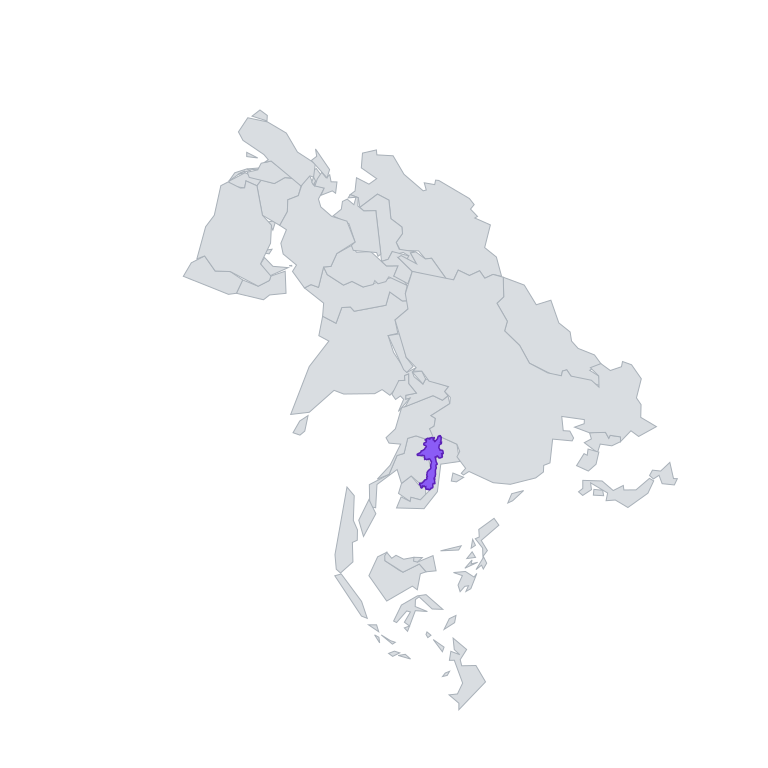 where Laos sits in Asia, rotated 43°
{"feature_id": "LAO", "entity_name": "Laos", "entity_type": "country or territory", "adm_level": 0, "iso_a3": "LAO", "parent_name": "Asia", "parent_adm1": "", "projection": "natural_earth1", "projection_center": [103.796, 18.208], "detail": "fine", "context": "in_parent", "style": "filled", "palette": "violet", "viewbox_px": 768, "rotation_deg": 43, "n_neighbors": 45, "source": "natural_earth", "source_scale": "50m", "svg_char_len": 17433}
<svg xmlns="http://www.w3.org/2000/svg" viewBox="0 0 768 768"><g transform="rotate(43 384 384)"><path d="M396.6,225.1L389.0,229.5L385.6,237.9L376.7,236.0L372.5,246.4L360.6,250.1L363.9,260.3L360.6,265.2L333.0,259.6L329.0,264.3L318.4,263.1L304.9,275.1L296.3,272.1L294.9,261.3L290.0,257.0L276.3,258.4L262.2,246.2L249.7,249.6L245.9,271.3L238.1,265.3L230.1,268.5L231.2,262.6L223.2,251.9L236.7,248.1L238.6,238.8L220.0,241.4L210.8,229.8L218.8,218.0L222.5,221.3L235.0,210.9L255.6,217.0L280.9,216.0L282.6,213.3L276.2,209.4L285.1,203.6L282.7,199.7L285.2,197.8L320.0,190.1L327.6,191.3L328.0,197.1L338.1,197.7L337.2,200.7L353.3,195.1L364.6,215.6L379.6,214.5L396.6,225.1Z" fill="#d9dde1" stroke="#a8b0b8" stroke-width="1"/><path d="M245.9,271.3L249.7,249.6L262.2,246.2L276.3,258.4L290.0,257.0L294.9,261.3L296.3,272.1L303.2,275.1L317.1,265.7L314.0,270.1L325.9,273.9L319.4,278.2L313.9,277.8L314.7,273.4L308.3,274.7L303.7,281.8L299.7,281.5L302.0,290.0L298.6,296.0L259.8,262.8L251.2,271.2L245.9,271.3Z" fill="#d9dde1" stroke="#a8b0b8" stroke-width="1"/><path d="M661.4,532.6L660.9,571.2L656.5,566.4L643.6,567.0L649.1,560.6L645.5,549.1L623.8,538.1L620.3,541.5L615.2,533.9L624.0,530.3L616.5,530.3L607.8,522.7L625.5,521.8L627.7,533.6L633.0,537.1L643.2,527.2L661.4,532.6ZM578.9,569.9L576.1,577.3L571.1,577.9L573.8,572.3L578.9,569.9ZM626.3,558.0L625.9,553.6L627.9,549.4L629.0,554.0L626.3,558.0ZM542.9,492.6L540.0,498.0L548.7,511.8L542.6,512.5L534.0,540.9L503.7,534.5L497.2,514.7L500.8,505.2L505.2,512.6L522.1,509.9L526.2,508.7L532.6,491.6L542.9,492.6ZM594.3,537.3L607.4,535.5L609.3,540.0L594.3,537.3ZM589.0,539.6L585.5,538.5L584.5,536.0L589.7,535.7L589.0,539.6ZM594.5,504.2L598.4,510.4L595.3,522.5L591.8,511.1L594.5,504.2ZM558.4,509.4L580.7,508.7L572.7,515.7L554.8,515.7L554.0,520.2L558.6,525.5L570.9,520.8L561.5,528.4L569.9,548.8L565.2,548.5L567.7,543.6L561.4,544.3L558.8,532.7L555.4,534.5L555.9,549.9L552.7,550.8L547.5,533.8L552.9,516.2L558.4,509.4ZM557.4,576.3L548.2,573.9L553.0,572.7L557.4,576.3ZM553.1,569.4L563.8,567.3L568.4,565.2L567.6,568.5L553.1,569.4ZM542.8,565.2L549.1,568.8L536.9,570.7L542.8,565.2ZM482.3,552.1L515.9,558.3L531.6,566.8L525.8,569.1L478.8,557.8L482.3,552.1ZM468.9,521.4L482.6,535.3L481.1,551.9L475.4,552.0L464.5,542.2L427.2,484.6L438.4,486.0L454.6,504.7L464.1,508.8L471.0,516.5L468.9,521.4Z" fill="#d9dde1" stroke="#a8b0b8" stroke-width="1"/><path d="M579.5,572.9L583.9,567.2L591.0,567.0L579.5,572.9Z" fill="#d9dde1" stroke="#a8b0b8" stroke-width="1"/><path d="M140.7,319.1L135.0,327.5L132.2,341.6L130.8,331.3L137.0,320.2L140.7,319.1Z" fill="#d9dde1" stroke="#a8b0b8" stroke-width="1"/><path d="M145.6,313.5L137.1,320.2L145.3,311.2L145.6,313.5Z" fill="#d9dde1" stroke="#a8b0b8" stroke-width="1"/><path d="M138.3,324.3L134.2,330.5L136.7,323.5L138.3,324.3Z" fill="#d9dde1" stroke="#a8b0b8" stroke-width="1"/><path d="M138.3,324.3L155.2,318.4L155.9,325.7L144.5,329.6L148.3,335.6L137.6,343.4L132.2,341.6L138.3,324.3Z" fill="#d9dde1" stroke="#a8b0b8" stroke-width="1"/><path d="M210.4,373.0L222.5,373.7L234.6,364.2L226.5,383.4L211.8,380.4L210.4,373.0Z" fill="#d9dde1" stroke="#a8b0b8" stroke-width="1"/><path d="M206.9,370.0L207.1,365.6L210.2,361.8L211.2,367.2L206.9,370.0Z" fill="#d9dde1" stroke="#a8b0b8" stroke-width="1"/><path d="M193.5,338.3L197.8,347.3L189.1,344.0L193.5,338.3Z" fill="#d9dde1" stroke="#a8b0b8" stroke-width="1"/><path d="M155.9,325.7L155.2,318.4L167.1,312.2L170.7,300.7L179.0,294.6L188.3,295.8L192.9,304.7L188.0,314.9L195.8,323.9L199.6,339.1L180.0,343.5L155.9,325.7Z" fill="#d9dde1" stroke="#a8b0b8" stroke-width="1"/><path d="M227.7,382.2L234.8,368.9L250.5,384.5L239.6,396.9L238.4,404.6L214.2,418.3L209.7,404.3L225.3,398.3L229.6,386.4L227.7,382.2ZM236.1,360.7L233.9,362.2L235.6,360.2L236.1,360.7Z" fill="#d9dde1" stroke="#a8b0b8" stroke-width="1"/><path d="M464.6,444.8L466.6,432.7L482.2,434.7L484.5,430.6L490.2,436.8L489.6,443.9L481.0,448.5L483.3,452.1L469.2,454.1L464.6,444.8Z" fill="#d9dde1" stroke="#a8b0b8" stroke-width="1"/><path d="M478.0,432.4L466.6,432.7L464.6,444.8L451.9,437.6L447.4,462.3L462.3,480.2L457.2,483.4L441.9,467.6L449.3,446.6L442.3,427.4L446.0,421.1L438.4,407.6L442.8,400.1L452.2,395.8L458.1,401.5L456.9,413.1L467.7,408.4L475.4,413.6L479.8,424.7L478.0,432.4Z" fill="#d9dde1" stroke="#a8b0b8" stroke-width="1"/><path d="M452.2,395.8L442.8,400.1L438.4,407.6L446.0,421.1L442.3,427.4L449.3,446.6L444.0,458.2L443.9,439.3L437.2,416.6L428.0,423.8L422.1,421.9L422.9,409.0L413.1,389.5L427.8,359.1L437.8,356.0L438.8,349.0L445.5,353.5L439.9,375.1L445.1,374.1L449.4,380.7L447.9,385.7L457.5,387.3L452.2,395.8Z" fill="#d9dde1" stroke="#a8b0b8" stroke-width="1"/><path d="M473.5,454.9L483.3,452.1L481.0,448.5L489.6,443.9L489.9,426.9L471.3,402.7L475.9,399.0L474.0,393.8L467.8,393.7L462.6,383.6L478.4,378.3L492.1,389.1L480.2,403.9L496.5,426.4L498.3,447.9L477.7,466.1L473.5,454.9Z" fill="#d9dde1" stroke="#a8b0b8" stroke-width="1"/><path d="M596.3,264.9L592.8,273.8L583.1,280.5L587.0,288.7L570.5,290.3L573.1,282.7L567.6,279.5L571.2,275.7L579.0,268.3L585.4,270.4L584.4,267.3L593.0,261.4L596.3,264.9Z" fill="#d9dde1" stroke="#a8b0b8" stroke-width="1"/><path d="M577.6,292.4L587.6,287.3L593.8,298.1L592.8,308.3L580.5,312.4L577.8,298.5L581.2,297.5L577.6,292.4Z" fill="#d9dde1" stroke="#a8b0b8" stroke-width="1"/><path d="M398.4,224.6L419.1,216.0L441.3,222.2L448.9,208.9L470.2,220.1L484.6,219.0L491.9,224.7L501.7,225.6L518.1,219.2L528.7,221.2L525.1,233.7L535.6,231.7L543.7,237.6L515.4,250.7L508.0,249.0L505.7,252.8L508.1,257.0L501.6,262.1L476.2,269.6L457.0,263.3L436.0,262.9L431.4,254.0L411.5,247.9L412.1,238.6L398.4,224.6Z" fill="#d9dde1" stroke="#a8b0b8" stroke-width="1"/><path d="M438.8,349.0L437.8,356.0L427.8,359.1L415.0,386.1L412.6,376.7L410.3,380.5L407.6,377.4L413.9,368.6L401.8,366.9L395.2,359.9L393.3,363.9L396.8,367.1L392.5,371.5L395.5,373.1L396.0,388.2L386.4,389.4L383.8,397.4L361.4,418.8L351.8,422.7L348.6,455.7L336.5,469.9L317.4,422.2L314.4,390.2L303.4,393.1L292.9,376.3L307.5,372.3L301.0,356.9L306.9,350.6L312.6,351.1L331.7,325.1L325.4,312.8L340.7,310.8L345.7,305.8L350.4,312.8L348.4,329.6L359.5,337.5L354.0,345.8L369.4,354.4L392.7,360.0L396.4,350.1L396.7,356.0L401.1,358.2L412.5,357.5L411.0,351.9L433.0,341.9L433.5,348.1L438.8,349.0Z" fill="#d9dde1" stroke="#a8b0b8" stroke-width="1"/><path d="M412.6,376.7L413.3,394.3L408.8,381.8L404.2,381.6L403.0,387.4L396.8,386.1L392.5,371.5L396.8,367.1L393.3,363.9L395.2,359.9L401.8,366.9L413.9,368.6L407.6,377.4L410.3,380.5L412.6,376.7Z" fill="#d9dde1" stroke="#a8b0b8" stroke-width="1"/><path d="M411.0,351.9L412.5,357.5L396.7,356.0L402.8,348.8L411.0,351.9Z" fill="#d9dde1" stroke="#a8b0b8" stroke-width="1"/><path d="M393.3,351.3L392.7,360.0L388.6,360.1L354.0,345.8L361.6,336.1L382.1,349.4L393.3,351.3Z" fill="#d9dde1" stroke="#a8b0b8" stroke-width="1"/><path d="M345.7,305.8L340.7,310.8L325.4,312.8L331.7,325.1L312.6,351.1L306.9,350.6L301.0,356.9L307.5,372.3L292.9,376.3L284.7,366.0L260.3,368.0L262.8,361.1L270.2,358.0L260.0,339.6L267.9,342.7L286.9,339.3L290.6,330.8L302.6,327.3L317.4,299.8L333.7,296.1L338.0,303.4L345.7,305.8Z" fill="#d9dde1" stroke="#a8b0b8" stroke-width="1"/><path d="M283.8,296.2L305.2,296.0L313.7,288.0L317.6,298.4L324.8,293.9L333.7,296.1L314.4,302.4L315.5,307.9L311.3,314.8L306.7,314.6L308.3,318.6L302.6,327.3L290.6,330.8L286.9,339.3L267.9,342.7L260.0,339.6L265.0,334.2L260.5,320.8L265.7,304.9L274.1,306.4L283.8,296.2Z" fill="#d9dde1" stroke="#a8b0b8" stroke-width="1"/><path d="M298.6,296.0L302.0,290.0L299.7,281.5L314.7,273.4L315.9,277.6L308.0,281.9L327.9,282.4L333.0,294.4L317.6,298.4L313.7,288.0L305.2,296.0L298.6,296.0Z" fill="#d9dde1" stroke="#a8b0b8" stroke-width="1"/><path d="M317.1,265.7L329.0,264.3L333.0,259.6L360.6,265.2L327.9,282.4L308.0,281.9L308.9,278.4L325.9,273.9L314.0,270.1L317.1,265.7Z" fill="#d9dde1" stroke="#a8b0b8" stroke-width="1"/><path d="M230.1,268.5L238.1,265.3L243.4,271.6L251.2,271.2L259.8,262.8L293.1,291.1L292.5,294.7L289.0,292.9L270.4,307.2L265.7,304.9L266.0,299.9L249.1,290.7L232.1,295.7L233.6,285.3L229.1,278.8L231.0,273.9L239.7,273.4L236.2,266.5L230.9,272.3L230.1,268.5Z" fill="#d9dde1" stroke="#a8b0b8" stroke-width="1"/><path d="M199.6,339.1L195.8,323.9L188.0,314.9L192.9,304.7L186.6,291.1L187.8,282.4L196.6,286.5L206.7,281.5L209.9,293.4L217.0,297.6L231.4,297.1L245.8,290.2L266.0,299.9L260.5,320.8L265.0,334.2L260.0,339.6L270.2,358.0L262.8,361.1L260.3,368.0L240.3,364.1L238.9,356.7L221.6,357.7L212.6,351.4L207.4,337.7L199.6,339.1Z" fill="#d9dde1" stroke="#a8b0b8" stroke-width="1"/><path d="M139.6,322.4L145.6,313.5L143.6,306.3L149.4,297.9L176.8,295.5L170.7,300.7L167.1,312.2L144.5,324.8L139.6,322.4Z" fill="#d9dde1" stroke="#a8b0b8" stroke-width="1"/><path d="M198.4,286.3L186.6,277.5L187.4,272.6L196.3,274.2L198.4,286.3Z" fill="#d9dde1" stroke="#a8b0b8" stroke-width="1"/><path d="M188.3,295.8L149.4,297.9L145.3,303.9L146.4,298.9L139.7,298.1L114.7,302.0L105.6,298.9L102.8,282.2L120.1,271.8L141.4,267.1L162.5,273.4L183.5,269.7L191.4,280.7L187.8,282.4L188.3,295.8ZM106.4,268.2L115.5,267.2L119.0,271.4L104.8,278.1L106.4,268.2Z" fill="#d9dde1" stroke="#a8b0b8" stroke-width="1"/><path d="M358.2,472.5L357.4,478.7L350.7,481.7L347.6,468.5L350.0,458.9L358.2,472.5Z" fill="#d9dde1" stroke="#a8b0b8" stroke-width="1"/><path d="M499.4,409.1L495.1,402.1L505.9,397.9L503.7,406.2L499.4,409.1ZM327.9,282.4L363.9,260.3L360.6,250.1L372.5,246.4L376.7,236.0L385.6,237.9L389.0,229.5L398.4,224.6L412.1,238.6L411.5,247.9L431.4,254.0L436.0,262.9L457.0,263.3L476.2,269.6L496.2,264.2L508.1,257.0L505.7,252.8L508.0,249.0L515.4,250.7L533.1,239.8L543.4,239.7L535.6,231.7L523.8,231.3L528.7,221.2L540.3,219.8L545.9,209.4L543.1,204.9L551.9,201.1L568.6,204.7L578.1,222.0L586.1,223.8L594.5,233.3L612.3,229.4L606.0,248.7L596.5,249.8L596.3,264.9L593.0,261.4L584.4,267.3L585.4,270.4L579.0,268.3L567.6,279.5L552.8,285.6L557.5,276.5L554.8,273.4L536.1,286.5L546.9,295.9L552.0,291.7L559.5,294.2L560.4,297.3L544.9,309.3L559.2,328.5L556.3,334.6L560.6,339.6L559.0,349.2L544.8,371.2L531.2,381.7L505.8,390.0L504.2,396.3L501.4,396.6L501.2,390.0L487.0,387.5L485.4,381.7L478.4,378.3L460.0,384.5L460.7,391.3L447.9,385.7L449.4,380.7L445.1,374.1L439.9,375.1L445.5,353.5L441.7,348.6L433.5,348.1L433.0,341.9L415.0,351.2L402.8,348.8L396.6,354.8L396.4,350.1L382.1,349.4L348.4,329.6L350.4,312.8L338.0,303.4L327.9,282.4Z" fill="#d9dde1" stroke="#a8b0b8" stroke-width="1"/><path d="M558.8,366.7L557.7,381.7L555.7,386.6L552.2,377.1L558.8,366.7Z" fill="#d9dde1" stroke="#a8b0b8" stroke-width="1"/><path d="M201.6,268.0L207.4,272.2L211.8,268.3L218.5,277.5L214.5,278.0L209.2,289.0L206.7,281.5L198.4,286.3L195.4,279.6L194.1,271.7L201.1,272.7L201.6,268.0ZM196.6,286.5L193.5,285.7L191.4,280.7L195.5,282.2L196.6,286.5Z" fill="#d9dde1" stroke="#a8b0b8" stroke-width="1"/><path d="M173.6,258.8L198.0,264.3L201.8,272.1L178.4,270.0L179.5,263.4L173.6,258.8Z" fill="#d9dde1" stroke="#a8b0b8" stroke-width="1"/><path d="M559.7,444.7L554.8,437.2L560.9,439.6L559.7,444.7ZM568.8,463.6L568.4,452.6L570.4,456.2L574.1,450.5L568.8,463.6ZM581.1,459.2L587.1,474.5L585.4,479.9L583.4,473.9L581.1,476.9L581.3,484.0L575.3,480.6L572.0,470.7L563.4,474.5L571.4,465.6L581.5,463.8L581.1,459.2ZM551.8,454.5L539.1,467.5L550.8,449.7L551.8,454.5ZM564.3,408.9L561.8,432.1L573.2,435.3L574.0,442.7L568.0,436.7L556.3,434.9L558.0,430.9L552.5,425.7L556.1,407.2L564.3,408.9ZM563.6,455.2L562.9,446.6L569.2,448.4L563.6,455.2ZM581.3,445.0L582.8,451.6L578.9,450.0L577.9,457.0L574.9,442.6L581.3,445.0Z" fill="#d9dde1" stroke="#a8b0b8" stroke-width="1"/><path d="M451.8,478.8L466.5,484.4L473.0,509.5L458.4,500.8L451.8,478.8ZM542.9,492.6L532.6,491.6L526.2,508.7L505.2,512.6L501.7,509.2L500.8,505.2L508.5,506.2L509.6,501.1L517.9,498.7L524.1,490.3L529.9,491.5L536.9,476.1L549.5,485.1L542.9,492.6Z" fill="#d9dde1" stroke="#a8b0b8" stroke-width="1"/><path d="M530.4,484.8L529.9,491.5L526.4,493.4L524.1,490.3L530.4,484.8Z" fill="#d9dde1" stroke="#a8b0b8" stroke-width="1"/><path d="M651.5,283.9L646.6,308.0L632.3,311.1L626.0,317.9L621.9,311.2L602.5,315.4L607.8,319.8L605.3,330.0L599.8,330.2L600.6,324.8L595.1,318.9L609.6,306.2L624.3,305.6L628.2,295.0L631.7,297.9L640.5,289.6L642.5,272.0L647.3,270.9L651.5,283.9ZM660.2,255.7L663.1,253.2L665.2,259.8L655.4,267.2L647.4,263.2L645.8,269.7L640.6,269.8L639.1,263.9L645.7,259.0L646.5,246.4L660.2,255.7ZM609.4,317.9L616.4,312.6L620.8,315.9L612.9,322.5L609.4,317.9Z" fill="#d9dde1" stroke="#a8b0b8" stroke-width="1"/><path d="M209.7,404.3L214.2,418.3L209.1,424.5L163.8,442.1L160.4,426.8L165.5,412.7L183.5,416.5L194.9,406.6L209.7,404.3Z" fill="#d9dde1" stroke="#a8b0b8" stroke-width="1"/><path d="M132.2,342.5L145.4,338.6L148.3,335.6L144.5,329.6L155.9,325.7L180.0,343.5L193.4,344.6L205.0,358.4L211.8,380.4L227.7,382.2L229.6,386.4L225.3,398.3L194.9,406.6L183.5,416.5L165.5,412.7L161.8,420.1L146.3,390.6L144.8,376.3L129.4,350.2L132.2,342.5Z" fill="#d9dde1" stroke="#a8b0b8" stroke-width="1"/><path d="M137.5,304.8L128.5,311.3L125.6,308.2L137.5,304.8Z" fill="#d9dde1" stroke="#a8b0b8" stroke-width="1"/><path d="M462.4,384.1L462.7,384.7L463.3,385.3L464.0,386.2L464.2,386.6L464.7,387.0L464.8,387.3L464.9,387.8L465.0,388.1L465.1,388.3L465.4,388.3L465.6,388.1L465.7,387.6L465.8,387.5L466.0,388.0L466.3,388.1L466.5,388.3L466.6,388.6L466.5,389.0L466.3,389.3L466.2,389.7L466.1,390.3L466.0,390.8L466.2,391.1L467.3,393.0L467.8,393.3L469.1,393.7L469.5,393.9L469.9,394.2L470.3,394.0L470.7,393.5L471.2,393.2L472.0,392.7L472.3,392.7L472.8,392.9L473.5,393.4L474.1,393.9L474.4,394.2L474.7,394.5L474.4,395.0L474.2,395.2L473.8,395.4L473.6,395.7L473.7,395.8L474.3,395.9L474.9,396.1L475.1,396.4L475.1,396.6L475.2,397.0L475.3,397.1L475.9,397.0L476.0,397.1L476.2,397.3L476.4,397.8L476.4,398.2L476.0,398.6L475.9,398.9L475.8,399.3L475.5,399.8L474.7,400.6L473.1,400.2L472.4,400.2L472.1,400.2L471.9,400.3L472.0,400.9L472.1,401.4L471.9,401.8L471.4,402.1L471.3,402.3L471.2,402.5L471.4,402.7L471.8,402.9L472.3,403.1L474.0,404.4L474.4,404.7L474.9,405.1L475.4,405.4L476.8,405.9L477.4,406.2L477.6,406.4L477.6,406.6L477.4,406.8L477.3,407.3L477.3,407.6L477.4,407.8L477.6,408.2L478.2,408.8L478.5,409.1L478.8,409.2L479.1,409.3L479.4,409.8L479.8,410.3L479.8,410.7L480.0,411.2L480.3,411.8L480.8,412.4L481.4,413.0L481.8,413.5L483.3,414.9L483.6,415.3L484.0,416.2L484.2,416.3L484.4,416.5L484.6,416.9L484.6,417.3L484.7,418.3L484.9,418.6L485.1,418.9L485.2,419.2L485.4,419.4L485.6,419.4L485.9,419.2L486.1,419.0L486.4,419.8L486.6,420.0L487.0,420.3L487.3,420.5L488.1,421.3L488.5,421.6L488.8,421.7L489.0,421.9L489.1,422.2L489.0,422.4L488.8,422.6L487.9,423.1L487.8,423.3L487.9,423.6L488.2,424.1L488.4,424.4L488.7,424.8L489.3,425.3L489.9,425.8L490.1,426.2L490.3,426.6L490.2,427.0L490.0,427.4L489.8,427.8L489.5,428.0L489.4,428.2L489.6,428.6L489.7,428.9L489.6,429.2L489.6,429.8L489.4,430.1L489.1,430.7L488.9,430.7L488.5,430.5L488.3,430.6L488.1,431.1L487.6,431.6L487.3,431.6L487.2,431.5L486.7,432.1L486.1,432.2L485.9,432.0L485.7,431.7L485.3,431.4L485.0,431.2L484.8,431.0L484.6,430.8L484.5,430.6L484.2,431.0L483.7,431.3L483.3,431.3L483.1,431.2L482.9,431.7L482.8,431.8L482.0,431.9L481.8,432.0L482.0,432.5L482.4,433.3L482.6,433.7L482.3,434.5L481.5,434.5L481.1,434.2L480.7,433.7L479.6,433.1L478.9,433.4L478.6,433.4L478.3,433.1L478.1,432.8L477.9,432.5L477.8,432.1L478.1,431.9L478.6,431.6L479.0,431.2L479.3,430.9L479.4,430.5L479.4,430.1L479.5,429.0L479.6,428.5L479.6,427.8L479.3,427.3L479.3,426.6L479.4,426.2L479.5,425.9L479.8,425.6L480.0,425.2L480.1,424.6L480.1,424.2L480.0,423.9L479.7,423.7L479.2,423.4L478.9,423.2L478.7,422.8L478.8,422.5L478.9,422.2L478.5,421.9L477.6,421.6L477.1,421.2L477.0,420.7L476.6,420.1L475.9,419.4L475.6,418.3L475.5,416.9L475.6,415.7L475.9,414.4L475.5,413.4L475.1,412.9L474.5,412.6L473.9,412.0L473.4,411.3L472.8,410.3L472.0,408.9L471.5,408.3L471.3,408.5L470.7,408.4L469.9,408.0L469.2,407.7L468.6,407.7L468.2,407.8L468.0,408.0L468.1,408.4L468.1,408.6L467.7,408.7L467.5,408.9L467.2,409.4L467.0,410.1L466.7,410.3L466.2,410.4L465.8,410.6L465.3,410.9L465.1,411.1L465.1,411.3L464.8,411.2L464.7,411.0L464.7,410.7L464.5,410.4L464.0,410.3L463.5,410.0L462.9,409.3L462.4,409.0L462.2,409.0L461.9,409.2L461.4,409.7L461.1,410.0L460.8,409.9L460.5,410.0L460.4,410.5L460.1,410.9L459.5,411.3L459.4,411.4L458.7,411.9L458.1,412.5L457.5,413.2L457.1,413.3L456.8,413.2L456.4,413.0L456.2,412.7L456.6,411.4L457.2,410.0L457.4,409.4L457.4,408.9L457.3,408.5L457.1,408.1L456.9,407.8L456.9,407.6L456.9,407.4L457.2,407.1L457.5,406.6L457.8,405.5L458.1,404.4L458.1,403.7L457.8,403.0L457.7,402.3L457.8,401.4L457.7,401.0L457.4,400.8L456.5,400.6L456.2,400.7L456.0,400.8L455.7,401.0L455.4,401.2L454.8,401.3L454.2,401.0L453.8,400.4L453.6,399.8L454.0,399.0L454.2,398.3L454.4,397.8L454.4,397.5L454.3,397.3L454.1,397.2L453.8,396.9L453.5,396.3L453.3,396.0L453.0,396.1L452.8,396.3L452.5,396.7L452.4,396.9L452.2,396.8L452.3,396.4L452.3,396.1L452.6,394.8L452.9,394.0L453.3,393.6L453.7,393.4L454.2,393.5L454.5,393.4L454.8,393.2L454.4,393.0L454.3,392.8L454.4,392.4L454.5,392.1L454.8,392.0L455.0,391.6L455.2,390.9L455.5,390.5L455.8,390.5L456.4,390.2L457.1,389.6L457.4,389.0L457.7,389.2L457.6,389.9L457.8,390.1L457.8,390.3L457.8,390.7L457.8,391.0L458.0,391.2L458.1,391.3L458.9,391.0L459.4,391.0L459.6,391.1L459.8,391.3L460.1,391.3L460.3,391.5L460.4,391.4L460.6,391.1L460.5,390.7L460.3,390.5L460.4,390.0L460.5,389.2L460.5,388.7L460.5,387.7L460.4,387.4L460.2,387.1L459.8,386.5L459.6,386.1L459.5,385.7L459.6,385.4L459.4,385.1L459.4,384.9L459.6,384.7L459.9,384.4L460.0,384.0L460.1,383.6L460.3,383.5L460.5,383.4L460.6,383.5L461.0,384.1L461.5,383.8L461.9,383.8L462.2,383.9L462.4,384.1Z" fill="#8b5cf6" stroke="#5b21b6" stroke-width="1.5"/></g></svg>